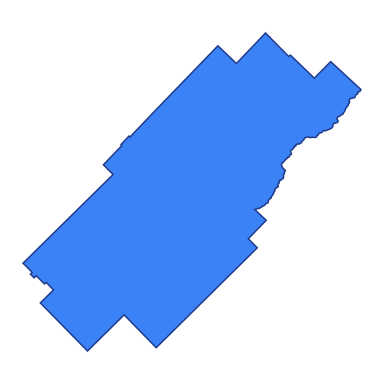 Bolívar, Buenos Aires, Argentina (Natural Earth projection)
{"feature_id": "61730980B59149978164820", "entity_name": "Bolívar", "entity_type": "district", "adm_level": 2, "iso_a3": "ARG", "parent_name": "Argentina", "parent_adm1": "Buenos Aires", "projection": "natural_earth1", "projection_center": [-60.749, -36.292], "detail": "fine", "context": "isolated", "style": "filled", "palette": "blue", "viewbox_px": 384, "rotation_deg": 0, "n_neighbors": 0, "source": "geoboundaries", "source_scale": "gbopen_adm2", "svg_char_len": 5734}
<svg xmlns="http://www.w3.org/2000/svg" viewBox="0 0 384 384"><path d="M151.6,114.3L130.0,137.0L129.0,136.0L120.9,144.6L121.8,145.6L103.4,164.8L113.1,174.5L23.0,263.2L32.2,272.4L30.4,274.1L34.1,277.9L36.3,275.7L44.3,283.9L46.4,282.6L53.5,289.9L40.3,302.9L87.5,351.0L124.1,314.9L156.2,347.7L257.3,247.8L248.3,238.8L266.2,220.3L254.9,209.6L255.4,209.4L256.0,209.1L256.4,209.1L256.8,209.0L257.2,208.6L257.5,208.5L257.9,208.5L258.2,208.4L258.8,208.6L259.0,208.6L259.6,208.1L260.2,207.8L260.6,207.6L261.1,207.4L261.4,207.2L261.5,207.0L262.8,206.1L263.1,205.9L263.4,205.9L264.2,205.5L264.4,205.4L264.7,204.9L265.3,204.6L265.8,203.8L266.4,203.4L266.6,203.4L267.9,202.9L267.9,202.7L268.0,202.5L267.9,202.3L268.0,202.0L268.3,201.8L268.3,201.6L268.1,201.3L268.1,201.1L268.3,200.5L268.5,200.3L268.8,200.1L269.1,199.3L269.4,199.0L269.7,198.7L269.9,198.7L270.3,198.7L270.6,198.6L270.7,198.4L271.1,198.1L271.2,197.7L271.0,197.4L271.0,197.2L271.0,196.8L271.6,196.3L271.7,196.1L272.1,195.9L272.4,195.5L272.6,195.2L272.9,194.7L273.0,194.1L273.3,193.9L273.5,193.5L273.5,193.2L273.8,192.6L273.9,192.3L274.0,192.1L274.1,191.8L274.2,191.6L274.6,191.1L275.0,190.6L275.0,190.4L274.7,189.9L274.7,189.6L275.0,189.0L275.2,188.8L275.6,188.5L275.7,188.4L276.2,188.4L276.3,188.1L276.3,187.9L276.4,187.6L276.6,187.4L276.9,187.2L277.3,187.3L277.5,187.2L278.0,186.9L278.2,186.5L278.2,186.1L278.0,185.8L278.0,185.5L277.7,184.9L277.7,184.7L277.7,184.4L277.8,184.3L278.0,184.2L279.0,183.4L278.9,182.7L279.4,181.8L279.4,181.6L279.4,181.4L279.3,181.2L279.1,181.1L279.4,180.5L279.6,180.2L280.0,180.2L280.5,180.4L281.0,180.2L281.1,179.8L281.1,179.6L281.3,179.4L281.6,179.3L282.1,178.9L282.5,178.8L282.6,178.7L283.0,178.7L283.3,178.4L283.4,177.9L283.4,177.2L283.6,176.5L283.5,175.4L283.6,174.9L283.7,174.6L284.2,174.0L284.3,173.8L284.3,173.4L284.4,173.2L284.5,172.3L284.6,171.9L284.6,171.7L284.8,171.4L284.9,171.2L285.3,171.0L285.4,170.9L285.4,170.7L285.3,170.4L285.1,170.2L284.9,170.1L284.7,170.0L284.5,169.6L284.3,169.5L284.1,169.4L283.8,168.9L283.6,168.5L283.2,168.3L282.6,167.8L282.5,167.7L282.4,167.5L282.4,167.4L282.1,167.1L282.1,166.9L282.1,166.5L281.9,166.4L281.7,166.1L281.7,165.7L281.6,165.0L281.5,164.7L281.6,164.4L281.8,163.7L281.8,163.4L282.2,163.1L282.5,163.0L282.6,162.8L282.7,162.7L283.2,162.3L283.3,162.1L283.5,162.0L283.6,161.9L283.9,161.8L284.3,161.2L284.4,160.8L284.5,160.5L284.5,160.3L284.7,160.1L285.3,160.0L285.6,159.8L285.9,159.3L286.2,159.1L286.4,159.0L286.6,158.8L286.9,158.5L287.1,158.3L287.1,157.6L287.5,157.4L288.0,157.5L288.4,157.3L289.1,156.9L289.4,156.7L289.5,156.3L289.5,156.0L289.5,155.9L289.7,155.7L290.0,155.0L290.5,154.7L291.0,154.5L291.3,154.3L291.5,153.9L291.5,153.7L291.4,153.5L291.3,153.4L291.1,152.9L290.9,152.5L290.8,152.1L290.7,151.9L290.5,151.3L290.5,151.1L290.6,150.9L291.2,150.5L291.3,150.4L291.6,150.1L291.9,149.8L292.0,149.7L292.3,149.5L292.7,149.2L292.8,149.0L292.9,148.8L293.4,148.3L293.7,147.9L293.8,147.8L293.9,147.7L293.8,147.4L293.8,147.1L294.0,146.9L294.3,146.7L294.6,146.7L294.9,146.1L295.1,146.1L295.3,146.1L295.4,145.9L295.6,145.9L295.8,146.0L295.9,145.9L296.0,145.7L296.0,145.4L296.1,145.0L296.0,144.9L296.2,144.7L296.2,144.4L296.3,144.3L296.5,144.2L296.8,144.2L297.1,144.0L297.3,144.1L297.5,144.2L298.2,144.1L298.4,143.9L298.6,143.9L299.4,143.9L299.6,143.9L300.1,143.5L300.2,143.3L300.8,143.1L301.0,142.9L301.7,142.3L301.9,142.0L302.0,141.4L302.1,141.2L302.6,140.7L303.2,140.4L303.5,140.1L303.7,139.6L304.3,138.9L304.8,138.1L304.9,137.9L305.2,137.7L305.5,137.6L306.6,137.4L306.9,137.1L307.2,137.0L307.4,136.9L308.3,136.9L308.5,136.9L308.9,137.1L309.0,137.3L309.5,137.5L309.8,137.6L310.4,137.6L310.7,137.6L311.0,137.6L311.8,137.3L312.7,137.3L312.9,137.2L313.4,137.2L314.0,137.4L314.4,137.5L314.8,137.5L315.5,137.3L315.9,137.3L316.2,137.2L316.6,136.9L316.7,136.7L316.9,136.3L317.0,135.8L317.0,135.6L317.4,135.4L317.9,135.1L318.3,134.8L318.5,134.4L318.8,133.6L319.0,133.4L320.2,132.8L320.7,132.7L321.1,132.7L322.1,132.2L322.3,132.0L322.6,131.4L322.7,131.2L323.0,130.8L323.3,130.7L324.8,130.8L325.1,130.8L325.3,130.6L325.6,130.6L326.3,130.5L326.5,130.4L327.0,130.1L327.6,129.8L328.1,129.7L328.8,129.4L329.4,129.4L329.8,129.2L330.0,129.1L330.3,128.7L330.8,128.5L331.2,128.4L331.5,128.3L331.7,128.2L331.9,127.6L332.2,127.4L332.6,126.9L332.8,126.7L332.9,126.2L333.0,125.7L333.0,125.4L332.9,125.1L333.0,124.8L333.2,124.4L333.3,124.2L333.5,123.8L333.6,123.6L334.2,123.4L334.3,123.1L334.6,123.1L335.6,123.2L336.3,122.8L336.8,122.8L337.0,122.7L337.2,122.3L337.4,122.2L337.8,122.0L337.9,121.9L338.0,121.7L338.0,120.6L337.9,120.3L337.7,120.0L337.1,119.4L337.1,119.1L337.0,118.5L337.1,118.1L337.3,117.4L337.5,117.1L337.8,116.8L338.4,116.6L338.9,116.4L339.2,116.4L339.6,116.3L340.0,115.9L340.5,115.5L341.0,115.2L341.3,115.0L342.2,114.3L342.9,114.1L343.0,114.0L343.3,113.6L343.3,113.2L343.5,112.7L344.0,112.2L344.3,111.8L344.5,111.4L345.1,110.4L345.2,110.0L345.3,109.7L345.4,109.2L345.9,108.2L346.4,107.6L346.8,107.1L347.0,106.8L347.1,106.5L347.5,106.2L347.9,105.8L348.3,105.0L348.3,104.3L348.4,104.1L349.0,103.6L349.4,102.7L349.6,101.9L349.6,101.7L349.3,101.1L349.0,100.7L349.1,100.2L349.2,99.7L349.3,99.5L349.4,99.4L349.8,99.1L350.0,98.9L350.4,98.8L350.9,98.4L351.1,98.4L351.3,98.3L351.5,98.3L351.9,98.4L352.1,98.3L352.5,98.0L352.8,97.8L353.1,97.6L353.5,97.7L353.8,97.9L353.9,98.0L354.2,97.9L354.8,97.5L355.0,97.2L355.4,95.8L355.7,95.2L356.1,94.7L356.3,94.5L356.9,94.4L357.3,94.2L357.5,94.1L357.6,93.9L357.7,93.5L357.5,92.6L357.5,92.4L357.7,92.1L357.8,91.8L358.0,91.8L358.5,91.8L359.1,91.7L359.5,91.7L359.8,91.6L360.0,91.4L360.1,91.2L360.4,90.3L360.5,90.1L360.9,89.8L361.0,89.6L330.7,61.6L314.3,78.2L290.4,55.1L288.8,56.5L265.5,33.0L236.4,63.5L217.9,45.8L151.6,114.3Z" fill="#3b82f6" stroke="#1e3a8a" stroke-width="1.5"/></svg>